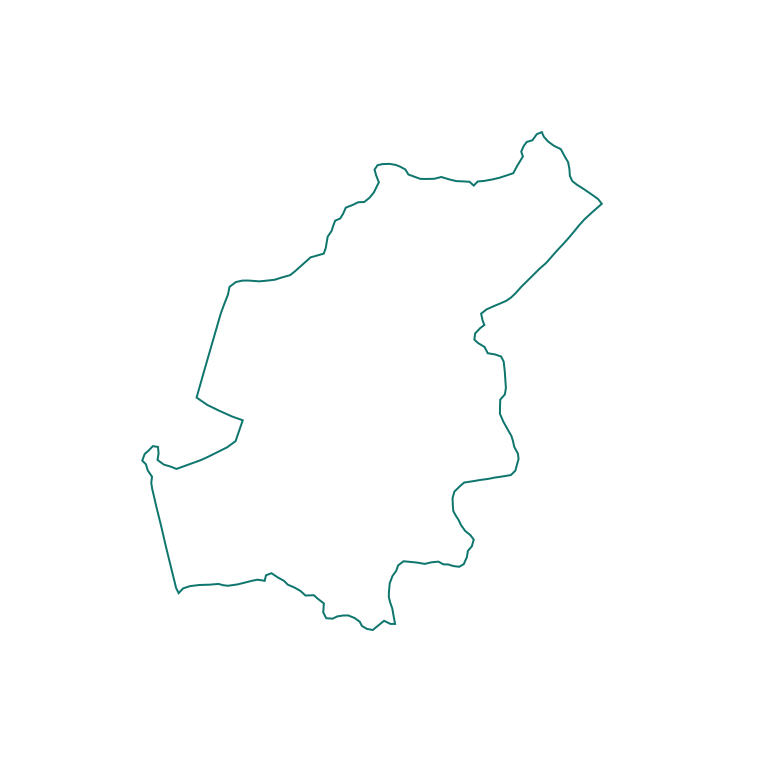 outline of Duque de Caxias, Rio de Janeiro, Brazil, rotated 222°
{"feature_id": "56859067B40218496902561", "entity_name": "Duque de Caxias", "entity_type": "district", "adm_level": 2, "iso_a3": "BRA", "parent_name": "Brazil", "parent_adm1": "Rio de Janeiro", "projection": "mercator", "projection_center": [-43.309, -22.642], "detail": "fine", "context": "isolated", "style": "outline", "palette": "teal", "viewbox_px": 768, "rotation_deg": 222, "n_neighbors": 0, "source": "geoboundaries", "source_scale": "gbopen_adm2", "svg_char_len": 2983}
<svg xmlns="http://www.w3.org/2000/svg" viewBox="0 0 768 768"><g transform="rotate(222 384 384)"><path d="M344.5,582.4L344.7,599.2L344.5,608.3L344.5,616.2L344.8,624.5L345.2,632.5L345.2,640.5L344.5,648.0L343.9,653.7L342.7,663.6L348.6,664.7L358.2,663.6L366.8,662.4L373.9,661.2L379.8,660.8L385.1,663.0L389.9,667.7L395.7,672.1L401.0,673.7L409.7,676.8L417.3,674.7L424.4,674.0L430.7,674.7L435.3,676.8L437.6,671.9L436.8,664.4L439.9,659.4L439.4,654.2L437.5,648.5L433.0,646.0L431.0,635.3L429.0,627.1L433.0,620.1L436.3,614.3L440.9,607.8L445.4,602.0L449.8,597.3L450.1,591.5L455.8,591.5L460.9,587.4L466.0,583.2L472.0,579.9L479.9,576.2L484.0,570.1L489.0,565.4L494.3,560.7L500.3,558.3L506.1,556.0L511.6,557.7L517.5,556.3L521.8,554.7L527.2,551.3L532.2,546.5L535.2,542.3L534.5,537.0L529.3,533.7L522.8,530.5L519.7,519.5L519.4,512.6L520.5,506.0L524.8,501.8L527.1,496.1L530.4,489.5L528.4,483.5L527.3,477.7L529.6,472.7L527.5,467.3L525.4,462.8L524.4,455.7L518.3,446.1L516.0,440.6L523.3,429.0L525.6,408.1L526.6,402.1L532.0,393.5L534.8,388.6L538.8,384.0L545.4,376.8L554.2,370.0L558.6,365.9L562.3,360.6L563.8,352.8L559.8,346.1L556.8,338.0L553.0,328.4L549.9,321.8L545.9,313.6L527.3,275.2L514.2,248.5L501.3,250.2L489.1,253.7L475.4,258.1L464.7,262.5L456.1,242.3L458.2,232.0L466.8,210.3L469.2,204.9L481.4,182.0L487.2,179.9L493.6,176.8L501.5,176.0L505.0,181.5L509.9,186.0L514.2,183.1L514.4,177.1L515.0,171.8L512.4,165.3L507.1,165.0L501.8,161.7L494.4,159.9L490.8,154.8L486.3,151.1L480.5,147.1L470.8,140.3L453.8,128.8L440.4,119.4L431.2,113.1L402.0,93.3L396.7,91.2L396.5,97.8L392.9,104.0L386.8,111.0L379.5,118.0L373.2,124.7L368.8,126.9L365.0,129.6L358.7,137.1L350.3,149.6L347.0,154.0L341.0,157.9L343.7,162.9L341.0,168.1L333.5,169.2L326.5,170.8L321.2,170.5L314.8,172.7L307.7,174.3L300.8,174.3L294.8,180.1L289.5,180.1L281.9,180.7L276.3,173.6L270.2,171.3L265.2,175.2L263.1,180.2L259.3,184.8L255.7,188.1L249.3,190.4L243.0,191.1L238.5,189.4L232.8,190.6L227.8,193.6L225.5,208.1L218.7,210.0L215.2,213.1L221.0,217.5L227.6,222.7L233.1,225.7L238.0,229.0L241.2,232.8L246.4,239.7L249.3,247.2L249.8,253.0L252.1,258.6L250.9,265.3L246.1,268.9L239.8,273.5L233.3,277.6L229.4,283.3L224.7,288.4L219.2,289.7L215.6,292.8L210.5,295.2L205.8,298.5L204.2,303.5L206.6,310.9L210.0,316.1L210.1,322.1L213.2,328.4L218.7,329.5L225.3,329.1L232.4,330.7L237.7,332.9L242.5,334.2L247.4,335.9L251.6,339.8L256.8,345.2L259.7,351.2L259.2,358.9L258.5,364.4L252.6,371.6L248.1,377.3L243.3,382.9L239.2,388.4L235.4,393.0L232.2,396.9L228.8,401.2L228.4,407.5L231.1,412.8L233.9,418.4L238.0,421.9L245.1,424.4L250.4,428.2L254.7,430.7L262.1,433.1L270.2,435.9L278.0,439.5L282.7,444.9L287.2,450.2L287.2,457.1L290.7,462.6L295.5,467.2L302.7,474.2L310.0,480.7L315.4,482.8L321.4,480.2L327.5,476.3L334.0,478.8L341.3,477.4L346.5,477.4L350.1,482.6L349.9,490.0L348.9,495.0L353.6,497.4L358.9,501.3L357.7,508.1L354.4,515.6L351.6,521.4L348.8,527.7L347.5,533.0L347.0,539.3L347.0,548.4L346.3,560.2L345.5,574.4L344.5,582.4Z" fill="none" stroke="#0f766e" stroke-width="2"/></g></svg>